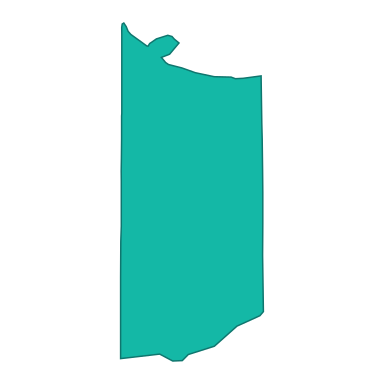 Lake, Indiana, United States of America
{"feature_id": "52423323B96488388148981", "entity_name": "Lake", "entity_type": "district", "adm_level": 2, "iso_a3": "USA", "parent_name": "United States of America", "parent_adm1": "Indiana", "projection": "albers", "projection_center": [-87.421, 41.436], "detail": "fine", "context": "isolated", "style": "filled", "palette": "teal", "viewbox_px": 384, "rotation_deg": 0, "n_neighbors": 0, "source": "geoboundaries", "source_scale": "gbopen_adm2", "svg_char_len": 854}
<svg xmlns="http://www.w3.org/2000/svg" viewBox="0 0 384 384"><path d="M263.4,311.6L262.6,255.3L262.8,223.5L262.8,192.8L262.6,170.6L262.2,139.1L261.8,123.4L261.1,75.9L243.2,78.3L235.4,78.7L231.1,77.1L214.2,76.7L195.3,72.7L183.2,68.4L181.8,67.9L175.5,66.3L168.5,64.5L165.6,62.5L161.4,57.4L169.6,54.2L179.0,43.0L174.3,39.1L172.0,36.5L167.8,35.3L156.4,38.9L150.6,42.9L149.7,43.5L148.0,46.2L146.7,45.9L130.8,34.4L128.1,31.3L126.2,26.6L123.8,23.0L122.2,24.0L121.7,27.5L121.8,34.3L121.8,44.3L121.8,69.3L121.8,70.9L121.8,77.0L121.8,93.6L121.8,101.3L121.8,113.5L121.6,116.0L121.6,134.2L121.6,138.5L121.4,158.7L121.2,170.9L121.2,171.0L121.3,181.2L121.3,192.3L121.3,226.1L120.8,241.5L120.6,277.1L120.6,358.6L159.7,354.1L172.7,361.0L182.3,360.6L188.3,354.5L214.4,346.2L237.0,326.1L259.9,315.7L263.4,311.6Z" fill="#14b8a6" stroke="#0f766e" stroke-width="1.5"/></svg>